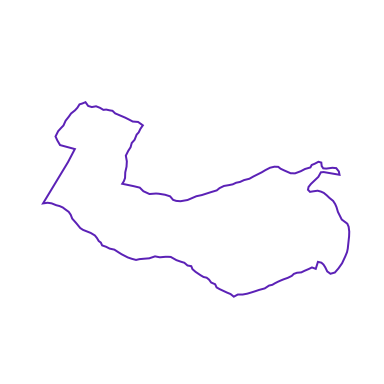 Planaltina do Paraná, Paraná, Brazil (Albers equal-area conic projection), rotated 257°
{"feature_id": "56859067B78623757786871", "entity_name": "Planaltina do Paraná", "entity_type": "district", "adm_level": 2, "iso_a3": "BRA", "parent_name": "Brazil", "parent_adm1": "Paraná", "projection": "albers", "projection_center": [-52.929, -23.09], "detail": "fine", "context": "isolated", "style": "outline", "palette": "violet", "viewbox_px": 384, "rotation_deg": 257, "n_neighbors": 0, "source": "geoboundaries", "source_scale": "gbopen_adm2", "svg_char_len": 2563}
<svg xmlns="http://www.w3.org/2000/svg" viewBox="0 0 384 384"><g transform="rotate(257 192 192)"><path d="M303.5,108.4L302.9,105.0L302.7,102.1L299.9,99.3L297.9,96.4L295.7,91.8L293.1,88.9L289.9,84.9L285.7,81.7L283.9,78.9L281.4,75.3L276.8,71.5L272.5,72.4L267.4,74.0L260.2,87.5L249.0,77.9L214.4,44.3L214.0,48.9L212.5,52.7L209.7,56.7L208.1,59.8L206.0,62.6L203.6,64.6L200.4,67.4L197.1,68.7L193.0,69.3L187.5,72.3L182.0,75.0L179.6,77.3L174.9,84.1L171.5,87.6L168.6,89.0L165.2,90.1L163.2,91.8L160.2,92.4L158.0,95.9L155.4,99.0L153.3,103.4L149.9,106.7L147.2,109.4L142.7,114.7L140.4,118.4L138.4,122.2L138.4,125.7L137.7,130.8L137.0,135.4L137.6,141.5L135.6,146.0L134.9,151.1L134.3,153.9L133.5,156.7L129.1,161.5L126.4,165.8L124.8,168.6L121.4,171.1L119.9,174.6L116.7,175.1L113.4,177.5L108.9,181.7L106.6,184.1L105.2,187.0L102.8,188.9L99.5,190.3L96.9,193.8L93.5,194.5L91.2,197.0L89.4,199.3L86.1,203.5L83.9,206.6L80.6,209.2L81.8,213.6L80.7,218.4L80.5,222.9L80.8,227.6L81.1,231.3L81.5,235.3L81.7,241.2L83.5,246.0L83.5,249.4L84.4,252.2L85.2,255.4L85.8,258.5L86.3,261.5L86.8,266.0L87.8,270.3L89.3,272.8L89.7,276.1L89.1,280.4L89.9,283.9L90.7,288.4L91.5,291.9L89.3,295.3L95.6,299.0L94.0,302.2L91.7,303.8L88.6,304.9L84.2,305.9L81.2,308.5L81.4,313.1L84.6,317.5L88.8,322.2L94.7,326.8L98.5,329.5L101.7,331.0L113.5,335.1L118.0,336.3L122.9,336.8L126.2,336.2L131.5,331.7L139.8,329.7L144.7,329.4L148.0,328.8L151.6,327.5L155.3,324.6L158.5,322.5L161.5,320.2L163.4,317.7L165.0,314.7L165.4,310.2L165.6,307.0L168.1,305.5L170.7,306.7L173.1,309.7L178.3,318.5L182.2,322.0L181.8,324.8L175.6,339.6L179.0,339.7L182.8,337.9L184.0,334.3L184.6,328.1L185.5,325.2L188.1,324.2L191.6,324.6L193.0,322.0L191.9,317.8L191.4,314.7L189.3,312.9L189.0,307.3L187.8,302.7L187.0,296.6L188.1,292.3L190.4,289.2L192.5,286.4L194.8,283.5L197.1,281.7L198.1,278.1L198.1,273.5L196.8,268.4L195.5,264.4L193.3,255.3L192.0,250.9L191.9,245.4L191.0,241.0L191.1,237.1L190.3,233.4L190.4,229.5L190.7,224.5L189.6,219.7L188.0,216.5L187.6,210.4L187.1,204.4L186.8,200.8L186.9,195.3L185.9,189.8L185.2,185.9L185.6,178.7L186.9,174.6L188.6,171.8L192.7,169.7L195.4,165.1L197.8,159.2L198.6,156.6L199.6,150.1L203.7,144.8L208.0,142.1L210.8,136.5L215.7,125.9L217.8,128.0L220.7,129.9L226.2,131.4L231.4,133.9L236.5,135.4L242.3,135.7L246.5,139.2L249.4,142.2L253.3,144.3L255.8,147.8L260.4,151.0L262.0,153.4L265.2,156.0L268.0,159.1L272.4,155.2L274.0,150.1L276.6,147.1L279.5,143.6L285.9,134.8L289.0,132.8L290.1,130.1L291.6,127.0L292.0,124.1L294.7,121.3L297.1,117.8L297.3,113.5L299.2,110.2L303.5,108.4Z" fill="none" stroke="#5b21b6" stroke-width="2"/></g></svg>